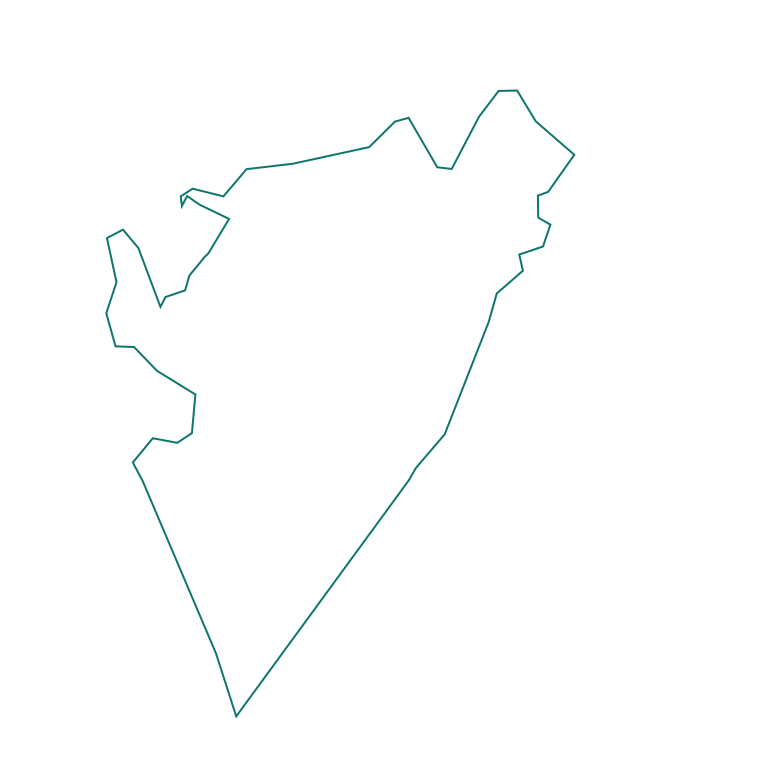 Prince George, Virginia, United States of America (Mercator projection), rotated 338°
{"feature_id": "52423323B90517976526133", "entity_name": "Prince George", "entity_type": "district", "adm_level": 2, "iso_a3": "USA", "parent_name": "United States of America", "parent_adm1": "Virginia", "projection": "mercator", "projection_center": [-77.216, 37.157], "detail": "fine", "context": "isolated", "style": "outline", "palette": "teal", "viewbox_px": 768, "rotation_deg": 338, "n_neighbors": 0, "source": "geoboundaries", "source_scale": "gbopen_adm2", "svg_char_len": 814}
<svg xmlns="http://www.w3.org/2000/svg" viewBox="0 0 768 768"><g transform="rotate(338 384 384)"><path d="M121.7,362.7L123.9,383.5L127.3,571.0L122.5,636.8L370.6,482.8L382.5,473.6L421.4,453.4L504.5,365.5L522.5,342.3L555.2,331.0L557.9,314.6L582.9,316.1L598.0,298.6L589.3,287.5L597.3,267.0L608.2,267.3L646.3,242.8L623.1,197.3L617.4,161.8L600.0,155.2L572.2,171.8L527.3,210.0L514.6,203.0L506.5,146.4L492.4,144.8L459.1,158.8L381.9,145.6L337.0,133.3L305.4,149.9L279.7,131.2L265.8,133.9L263.3,143.2L271.9,136.0L280.3,148.8L302.2,172.9L270.1,197.1L265.3,199.0L244.1,210.6L234.6,222.7L214.0,221.5L205.6,228.7L207.2,165.9L199.8,143.1L181.8,144.9L174.1,189.4L153.0,214.4L149.2,248.5L166.1,256.1L178.5,286.8L205.2,323.1L187.5,357.6L170.3,361.1L149.3,347.7L121.7,362.7Z" fill="none" stroke="#0f766e" stroke-width="2"/></g></svg>